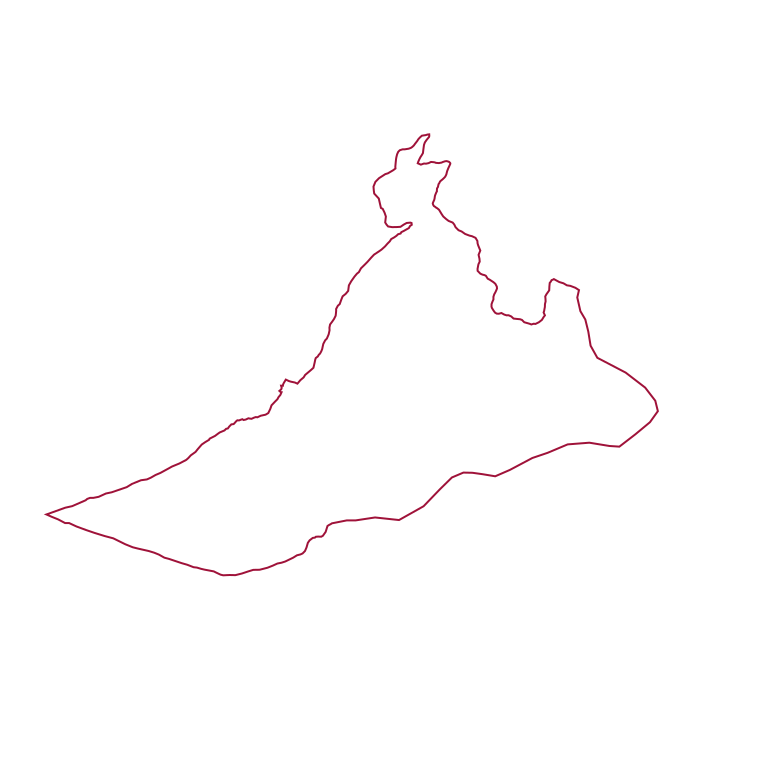 Kigoma Urban, Kigoma, United Republic of Tanzania, rotated 112°
{"feature_id": "72390352B17759889395693", "entity_name": "Kigoma Urban", "entity_type": "district", "adm_level": 2, "iso_a3": "TZA", "parent_name": "United Republic of Tanzania", "parent_adm1": "Kigoma", "projection": "mercator", "projection_center": [29.65, -4.894], "detail": "fine", "context": "isolated", "style": "outline", "palette": "rose", "viewbox_px": 768, "rotation_deg": 112, "n_neighbors": 0, "source": "geoboundaries", "source_scale": "gbopen_adm2", "svg_char_len": 5350}
<svg xmlns="http://www.w3.org/2000/svg" viewBox="0 0 768 768"><g transform="rotate(112 384 384)"><path d="M223.9,238.4L223.1,242.6L223.2,248.0L224.0,251.4L223.4,255.3L223.8,259.7L223.1,265.8L224.1,266.6L224.9,267.5L226.6,267.7L228.2,268.2L231.6,267.2L235.3,265.9L239.9,267.0L242.4,267.3L244.3,266.3L246.9,265.1L249.6,264.7L252.3,263.7L254.4,263.3L256.2,262.9L257.9,262.8L260.1,260.5L262.2,261.1L265.4,261.6L268.7,263.5L271.6,266.1L272.0,267.7L273.6,269.7L273.6,271.3L273.8,273.4L274.2,277.1L272.9,280.1L273.0,282.2L273.7,284.5L274.8,288.4L273.7,291.3L273.6,294.2L274.4,296.1L274.6,298.5L274.2,301.7L275.8,303.8L276.5,305.7L276.3,307.6L275.2,309.5L273.1,312.4L272.0,313.3L269.7,314.2L266.9,314.3L264.6,314.2L262.2,315.2L259.6,315.4L257.3,315.1L255.2,315.0L253.1,315.0L251.4,315.9L249.4,318.3L248.6,320.6L247.7,325.1L247.5,327.3L245.5,330.1L245.4,331.7L245.7,333.6L245.6,336.0L244.9,337.6L244.0,339.6L242.2,340.4L237.6,341.3L234.7,341.1L232.1,342.4L228.8,344.7L224.2,344.7L220.2,348.6L218.6,349.9L216.4,351.0L214.2,353.9L214.0,357.8L214.4,360.3L214.5,365.0L213.5,369.2L213.5,372.5L211.8,376.4L209.8,378.6L208.6,380.8L208.6,385.2L207.8,388.1L206.5,391.8L204.8,394.3L201.8,398.3L201.1,400.6L201.0,401.6L200.6,402.8L200.3,404.4L199.4,405.6L198.2,406.5L196.3,406.5L194.6,406.4L193.1,406.6L190.7,407.2L189.4,407.3L188.2,407.3L186.7,407.3L185.6,407.1L184.7,407.5L182.8,408.1L181.1,407.8L178.3,408.3L177.2,408.0L175.3,407.9L174.0,407.3L172.4,406.4L170.2,405.4L168.8,404.9L166.4,404.7L164.4,405.0L162.8,405.2L161.7,405.2L160.5,405.2L159.4,405.2L157.7,405.1L155.2,405.0L154.5,405.2L154.1,405.8L153.7,406.8L153.7,408.0L153.9,409.5L154.6,410.8L156.2,412.7L157.2,413.6L157.9,414.8L158.6,415.8L159.0,417.1L159.5,418.7L159.5,420.0L159.7,420.9L159.9,421.6L160.5,423.6L162.5,425.4L164.0,427.6L164.6,429.5L166.8,432.0L166.7,435.4L165.2,435.5L162.2,435.4L160.0,435.2L157.5,434.7L155.3,434.4L152.0,435.3L147.3,436.5L144.7,436.6L141.6,435.9L138.2,434.8L137.1,434.9L135.6,435.6L136.4,437.1L137.7,438.7L138.5,440.1L139.6,441.9L142.1,443.1L144.3,443.9L146.1,444.2L147.9,444.7L149.6,445.2L151.7,445.7L153.8,446.7L155.1,447.6L156.6,449.3L158.6,452.6L159.5,454.7L161.3,456.9L163.4,457.8L166.1,457.9L169.0,457.5L170.9,457.1L174.7,456.0L178.3,454.9L179.9,454.1L182.4,455.6L187.2,459.3L188.9,461.4L195.0,465.7L199.8,467.7L204.9,467.7L208.5,465.9L211.1,464.4L214.0,458.3L217.9,455.6L221.9,452.8L222.1,450.8L224.9,447.7L228.0,445.0L233.8,443.4L235.3,441.3L236.4,439.2L235.5,435.2L233.7,431.0L232.1,427.6L228.8,425.4L226.2,423.3L224.5,420.0L224.4,418.8L226.0,417.9L227.6,419.0L230.2,419.4L232.4,421.2L234.8,423.1L236.7,424.8L238.3,425.0L239.8,427.0L242.0,428.0L244.4,429.6L246.9,431.6L249.6,432.1L252.4,433.3L256.1,434.6L260.2,436.6L262.4,438.0L267.8,441.7L271.6,443.2L277.0,445.1L279.9,446.3L285.4,448.7L289.7,449.2L291.8,450.4L295.5,451.6L301.1,452.9L305.7,453.5L311.1,452.1L314.8,453.3L318.2,455.2L321.8,455.2L326.5,455.0L328.7,456.1L332.4,456.5L334.0,455.8L336.6,455.0L338.8,454.4L342.5,454.7L345.6,455.4L349.0,456.3L352.2,455.7L354.6,454.6L358.7,453.9L363.3,454.0L365.5,454.9L369.5,455.3L372.0,454.9L374.8,454.4L377.3,454.4L379.8,454.7L381.3,455.4L383.3,455.7L385.5,457.0L387.0,456.9L390.3,456.3L395.4,455.5L397.9,456.7L400.4,458.0L405.1,460.5L408.0,461.0L409.7,461.9L411.8,463.0L416.1,464.4L416.0,467.2L416.7,471.1L416.9,473.3L416.7,476.7L418.8,477.0L420.6,477.3L422.2,477.4L423.5,477.1L424.1,478.8L425.9,477.4L427.4,477.3L429.6,478.4L430.2,476.8L430.0,475.9L433.0,476.0L435.8,476.9L438.0,477.1L441.1,478.4L445.9,480.3L449.6,480.1L454.3,480.4L456.8,482.3L459.6,486.4L462.3,488.9L462.7,490.5L463.8,491.8L465.9,493.8L466.3,495.4L466.6,496.9L468.7,498.8L470.0,500.7L469.7,502.1L470.5,503.1L472.1,504.8L472.6,506.4L473.9,507.1L475.4,507.6L477.5,508.4L478.6,510.4L481.5,511.6L483.7,512.1L484.7,513.6L486.8,514.5L490.5,518.2L492.4,519.4L495.4,521.2L500.0,525.2L501.3,525.3L504.9,528.0L508.4,530.3L514.2,532.3L517.6,533.3L522.5,536.4L526.0,537.7L528.4,538.9L534.3,543.9L540.0,549.7L542.4,551.6L550.2,558.0L553.9,561.7L558.2,565.1L561.3,568.1L564.3,573.3L571.0,580.2L576.0,583.9L586.4,595.9L589.7,600.8L595.5,606.3L598.5,610.9L599.7,613.9L601.7,616.1L603.6,617.1L614.1,627.4L618.1,633.2L631.4,648.1L631.6,642.3L631.6,635.4L632.4,627.6L630.9,623.8L631.3,615.8L631.0,605.7L630.5,596.6L629.6,585.9L628.5,577.2L629.5,563.8L629.5,555.8L628.8,550.7L627.0,539.6L626.5,533.9L626.5,528.8L627.3,522.6L626.7,517.7L626.4,512.7L625.9,504.5L625.3,498.7L625.2,491.9L624.3,488.7L623.9,484.4L623.4,481.1L622.4,476.1L621.5,471.6L621.7,469.4L622.0,464.1L621.6,461.4L619.8,457.5L618.9,455.5L616.9,450.2L612.9,444.7L608.9,440.0L605.3,435.6L602.8,429.7L598.0,423.2L594.0,419.0L590.4,415.6L588.1,412.1L585.6,409.1L579.1,403.2L575.4,400.5L573.3,397.6L571.6,396.0L568.5,394.7L564.7,394.6L559.8,395.1L556.8,394.4L553.4,392.4L552.3,390.5L551.2,390.0L550.2,388.0L549.1,385.0L547.6,383.8L543.0,382.7L536.8,383.2L535.8,382.5L535.1,382.0L534.0,381.0L532.7,380.1L524.4,367.4L521.2,359.4L511.1,342.3L504.5,319.1L482.5,301.5L460.6,292.7L445.2,286.0L436.4,277.2L433.4,269.3L433.4,269.2L433.1,268.4L430.7,258.8L427.9,246.3L416.5,235.1L397.0,218.7L386.5,206.5L371.2,191.1L361.5,171.6L357.0,151.7L353.9,142.3L336.5,132.1L319.8,123.1L306.6,119.9L297.9,126.2L289.5,140.5L282.9,164.2L279.8,196.0L271.1,206.8L258.9,214.2L248.8,221.5L242.9,229.2L231.4,237.2L223.9,238.4Z" fill="none" stroke="#9f1239" stroke-width="2"/></g></svg>